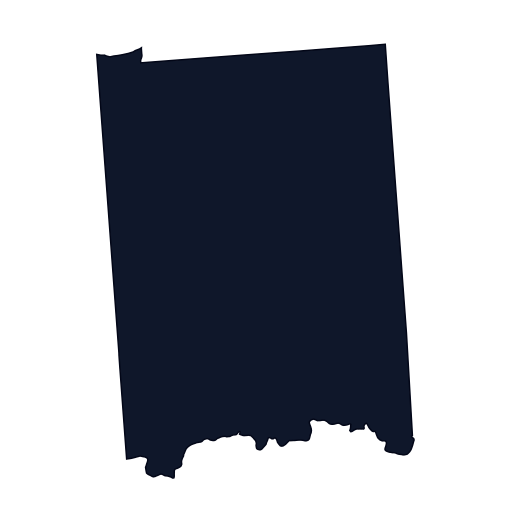 outline of Anlong Veaeng, Siemréab, Cambodia, rotated 176°
{"feature_id": "14789045B31734581894199", "entity_name": "Anlong Veaeng", "entity_type": "district", "adm_level": 2, "iso_a3": "KHM", "parent_name": "Cambodia", "parent_adm1": "Siemréab", "projection": "natural_earth1", "projection_center": [103.997, 14.166], "detail": "fine", "context": "isolated", "style": "filled", "palette": "ink", "viewbox_px": 512, "rotation_deg": 176, "n_neighbors": 0, "source": "geoboundaries", "source_scale": "gbopen_adm2", "svg_char_len": 4161}
<svg xmlns="http://www.w3.org/2000/svg" viewBox="0 0 512 512"><g transform="rotate(176 256 256)"><path d="M400.8,468.2L400.6,422.1L399.5,168.8L399.6,166.5L399.6,154.3L399.2,62.5L398.2,62.6L396.6,62.7L394.4,62.9L392.7,63.2L390.4,63.6L389.3,63.9L387.4,64.2L385.7,64.6L384.5,64.3L382.9,63.8L380.8,63.3L379.2,62.4L378.4,61.5L378.1,60.1L378.7,58.1L379.5,56.3L380.4,53.9L380.9,53.0L380.8,51.6L380.6,49.2L380.3,47.1L379.3,46.1L378.3,45.4L376.6,44.5L375.0,43.4L373.9,42.9L372.1,43.1L371.1,43.5L368.9,44.2L367.7,44.7L366.5,45.1L365.4,45.0L364.8,44.8L363.8,44.2L362.6,43.4L361.8,43.1L360.4,42.9L359.2,42.6L358.4,42.3L356.2,41.4L355.5,40.9L354.5,40.3L353.4,40.4L353.1,41.2L352.9,42.3L352.8,44.5L352.6,46.0L352.5,47.4L351.9,48.8L350.7,49.4L349.1,49.8L348.3,50.1L346.4,51.0L345.4,51.8L344.6,53.6L344.7,54.9L344.6,56.8L344.1,58.1L343.6,59.3L343.2,60.0L342.3,61.5L342.0,63.0L341.8,63.6L341.2,64.5L340.7,65.6L339.3,68.3L338.1,69.6L337.4,70.2L335.9,71.2L334.9,71.8L333.3,72.5L331.3,73.1L330.0,73.4L328.2,74.0L326.6,74.1L325.1,74.3L324.1,74.3L322.9,74.8L322.5,75.1L321.8,75.8L320.9,76.5L320.2,76.7L318.8,77.1L318.0,77.2L316.9,77.2L315.4,76.4L314.6,75.7L313.2,75.3L311.7,74.9L310.4,74.9L309.4,75.2L308.5,75.8L307.5,76.6L306.8,77.0L306.0,77.0L305.5,77.2L305.1,77.5L304.1,77.8L303.0,78.1L301.7,78.3L299.8,78.3L299.0,78.2L297.8,77.7L296.3,77.8L294.7,77.8L293.8,78.2L292.7,78.7L291.1,79.1L290.4,79.1L289.3,79.1L288.3,79.2L287.3,79.9L286.6,80.8L285.9,81.5L285.1,81.9L284.3,82.0L284.1,81.4L284.2,80.7L284.8,79.4L284.1,79.0L282.9,78.5L281.8,78.0L280.5,77.7L278.9,77.7L277.2,77.7L275.9,77.8L274.8,77.5L273.7,77.2L273.0,76.6L272.6,76.1L271.5,74.9L270.7,73.7L269.9,72.7L269.2,71.7L268.9,70.5L268.7,69.0L268.9,68.0L269.1,67.4L269.1,66.4L269.0,65.2L268.8,64.1L268.2,63.3L267.3,62.9L265.9,62.4L265.0,62.4L264.1,62.8L263.2,63.4L262.3,64.4L261.3,65.3L260.3,66.3L259.2,67.4L258.7,68.8L258.2,69.9L257.5,71.1L256.6,73.4L256.1,73.9L255.6,73.9L255.0,73.8L254.4,73.6L253.9,73.3L253.1,72.6L252.3,72.5L251.8,72.4L250.9,72.8L249.9,73.4L248.8,72.6L248.5,72.0L247.9,70.5L247.8,70.0L247.6,68.9L247.0,67.8L246.5,67.0L245.7,65.9L245.0,65.0L244.0,64.6L243.0,64.6L242.2,64.7L239.7,66.1L237.8,67.8L236.1,69.3L235.1,69.6L234.4,69.4L232.4,69.4L230.0,69.3L227.9,69.4L226.4,69.4L224.5,69.3L223.0,69.1L221.1,68.6L219.9,68.2L218.3,68.2L216.6,68.8L215.6,69.9L215.0,71.6L214.2,74.2L213.4,75.8L212.9,78.1L213.0,79.9L213.5,82.2L214.1,84.1L214.5,85.9L214.3,87.0L213.3,87.9L212.1,88.8L209.8,89.3L208.1,88.5L206.3,87.5L204.6,87.4L203.1,87.4L201.4,87.6L199.1,87.4L197.5,86.5L196.4,85.7L195.5,84.7L194.5,83.7L192.9,83.0L191.2,82.8L189.5,82.9L188.6,83.1L186.6,83.5L185.2,83.5L183.8,82.9L182.4,81.8L181.5,81.3L180.4,81.0L179.1,81.0L177.1,81.2L175.5,81.6L174.1,82.1L173.1,81.4L173.3,80.7L173.4,79.8L173.6,78.4L173.9,77.1L174.3,76.1L174.6,75.4L173.7,74.1L173.0,74.2L172.3,74.4L171.6,74.8L170.5,75.4L169.7,75.8L168.6,76.2L167.3,76.5L165.8,76.3L164.6,76.3L163.4,76.2L162.9,76.1L162.0,76.1L160.7,75.9L160.1,76.7L160.2,77.5L160.3,78.9L159.7,79.9L159.2,80.5L158.3,81.3L157.5,81.4L157.0,80.8L156.4,79.7L155.8,78.3L155.2,76.9L154.4,75.7L153.8,74.9L152.3,73.2L151.2,72.7L149.5,72.9L148.8,71.5L148.3,69.5L147.7,67.6L147.2,66.2L146.0,64.8L145.3,64.0L143.6,63.1L143.0,62.8L142.1,62.8L140.7,62.7L139.6,62.3L139.1,61.5L138.9,60.2L139.4,58.2L140.1,56.4L140.6,55.3L140.8,54.1L140.7,53.5L139.7,52.4L138.8,52.0L137.8,51.5L136.5,51.0L135.3,50.8L133.6,50.3L132.3,50.2L131.5,50.1L130.1,49.6L129.1,49.0L127.9,48.5L126.2,48.1L124.9,47.9L123.3,47.4L122.1,47.3L120.5,47.5L119.0,47.8L118.1,48.5L116.4,50.0L115.3,51.4L114.7,52.4L114.0,53.9L112.9,56.5L112.3,58.3L111.7,60.0L111.2,61.2L111.2,62.2L111.5,63.0L112.3,63.7L112.8,64.1L113.1,64.6L113.4,65.4L112.5,66.0L111.3,168.8L111.8,293.2L111.9,311.4L112.3,422.2L112.3,458.2L128.4,457.9L163.2,457.7L199.9,457.4L220.4,457.4L255.9,457.3L292.6,457.1L357.4,456.7L357.5,457.6L357.5,458.5L357.3,459.8L356.8,460.8L356.3,462.0L355.9,463.3L355.8,464.4L355.9,465.9L355.9,467.9L355.9,469.3L355.9,470.9L355.8,471.7L357.6,470.7L362.2,469.3L364.1,468.2L369.1,467.0L375.2,466.1L379.8,465.6L384.0,465.4L387.8,464.8L391.2,465.9L393.1,466.9L396.7,467.1L400.8,468.2Z" fill="#0f172a" stroke="#020617" stroke-width="1.5"/></g></svg>